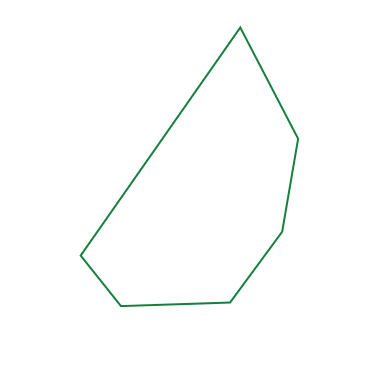 Monaco, orthographic projection, rotated 148°
{"feature_id": "MCO", "entity_name": "Monaco", "entity_type": "country or territory", "adm_level": 0, "iso_a3": "MCO", "parent_name": "Europe", "parent_adm1": "", "projection": "orthographic", "projection_center": [7.412, 43.751], "detail": "fine", "context": "isolated", "style": "outline", "palette": "green", "viewbox_px": 384, "rotation_deg": 148, "n_neighbors": 0, "source": "natural_earth", "source_scale": "50m", "svg_char_len": 247}
<svg xmlns="http://www.w3.org/2000/svg" viewBox="0 0 384 384"><g transform="rotate(148 192 192)"><path d="M320.1,197.1L63.9,305.9L73.8,180.9L136.6,110.5L218.3,78.1L312.7,132.9L320.1,197.1Z" fill="none" stroke="#15803d" stroke-width="2"/></g></svg>